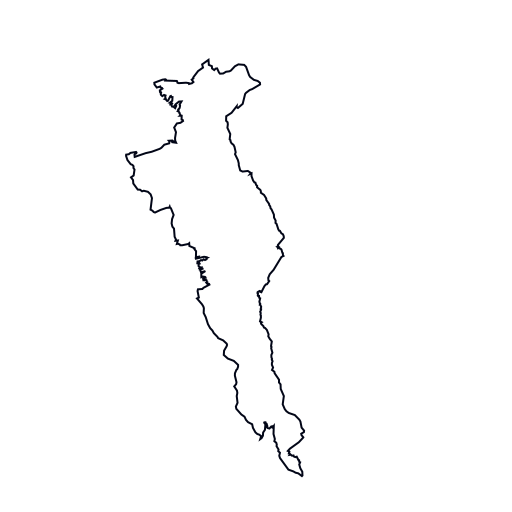 outline of Stejari, Gorj, Romania, rotated 140°
{"feature_id": "2599482B41789780482797", "entity_name": "Stejari", "entity_type": "district", "adm_level": 2, "iso_a3": "ROU", "parent_name": "Romania", "parent_adm1": "Gorj", "projection": "robinson", "projection_center": [23.706, 44.799], "detail": "fine", "context": "isolated", "style": "outline", "palette": "ink", "viewbox_px": 512, "rotation_deg": 140, "n_neighbors": 0, "source": "geoboundaries", "source_scale": "gbopen_adm2", "svg_char_len": 6125}
<svg xmlns="http://www.w3.org/2000/svg" viewBox="0 0 512 512"><g transform="rotate(140 256 256)"><path d="M222.5,454.1L223.5,452.7L223.7,448.8L220.4,447.4L220.8,446.5L220.1,445.2L220.7,444.8L220.5,444.4L223.2,444.7L224.1,443.4L223.5,442.6L223.7,442.0L224.7,441.6L225.2,440.6L225.0,438.7L222.9,438.5L222.1,437.1L223.3,436.3L223.9,434.8L225.0,434.9L224.4,433.8L224.4,431.8L223.6,431.5L218.9,433.5L218.3,433.3L218.6,432.2L217.8,431.4L220.4,428.7L223.4,428.8L222.8,428.1L223.5,427.6L222.3,427.4L222.2,426.7L223.9,426.1L224.2,424.3L223.3,423.6L222.9,421.2L220.6,422.3L220.6,423.2L221.2,423.6L220.0,423.9L215.7,423.8L213.7,422.3L217.2,421.1L217.5,420.0L219.3,418.5L221.4,418.2L221.4,417.6L222.9,417.3L222.4,416.2L222.5,414.9L222.9,414.6L223.2,412.3L224.1,412.3L222.8,411.2L225.3,408.4L224.7,407.3L225.1,406.3L228.3,406.6L231.4,408.4L236.1,407.0L237.7,402.3L242.2,398.4L243.7,396.4L244.4,394.1L247.0,397.0L246.8,397.8L245.6,396.8L245.8,398.2L248.7,400.3L248.7,399.3L250.1,398.1L254.7,400.2L258.9,399.7L260.9,400.0L268.9,402.9L274.4,405.7L285.2,409.9L284.0,411.7L282.9,412.0L281.8,411.6L281.0,412.1L281.0,412.8L285.9,415.7L288.0,415.7L290.3,417.1L291.2,416.2L292.8,412.1L293.0,406.9L292.1,405.2L292.1,403.5L293.3,402.2L293.5,400.3L298.0,396.3L301.2,396.6L301.4,393.2L303.4,390.4L303.9,382.9L302.2,381.3L301.7,378.8L300.0,378.1L297.5,374.6L297.1,370.9L298.5,367.2L307.0,359.3L306.2,357.3L306.1,355.4L305.4,354.2L299.6,352.7L293.6,350.4L291.5,348.8L290.4,349.3L290.7,348.6L290.5,347.2L292.7,340.4L296.6,338.2L299.7,335.2L301.2,332.2L301.2,329.7L306.0,323.0L306.7,320.1L307.9,319.4L305.9,318.1L308.9,316.1L307.9,315.6L307.0,313.8L307.1,312.9L305.7,311.7L300.1,308.7L299.0,308.7L300.6,306.5L298.4,302.1L298.6,301.7L298.1,301.3L298.8,300.2L298.8,298.2L302.8,293.7L300.2,292.2L300.9,291.7L303.6,293.0L303.8,292.6L296.3,288.8L294.5,286.7L294.8,286.2L294.5,285.9L295.6,286.0L296.0,285.3L297.7,285.7L298.2,287.1L300.1,287.1L300.7,288.2L302.7,288.4L304.3,289.4L305.4,288.3L304.6,287.9L304.8,287.5L304.0,287.0L304.1,286.4L305.3,286.8L306.5,285.1L306.1,283.7L306.9,283.3L305.5,282.5L306.9,282.0L305.0,281.0L305.1,280.6L307.7,281.4L308.6,278.9L304.5,277.0L309.3,277.6L311.5,274.9L309.9,274.4L308.7,273.0L309.1,272.7L308.9,272.4L311.1,272.6L311.7,271.5L310.5,271.2L310.2,270.9L310.6,270.5L309.6,270.3L309.9,269.8L309.5,269.1L310.3,267.9L310.2,267.5L311.2,267.6L311.2,266.0L309.9,264.8L310.1,264.0L316.7,265.4L318.3,265.2L321.9,267.8L323.3,266.7L326.5,260.9L328.5,261.4L328.4,253.7L328.8,251.1L329.5,249.5L332.7,246.0L333.8,241.5L336.6,234.7L337.5,230.2L337.3,227.0L337.9,224.0L337.5,218.9L337.8,217.4L335.4,212.5L334.8,207.7L335.3,206.5L336.6,205.7L341.3,204.0L344.3,200.9L343.5,195.5L340.4,189.9L339.7,184.1L340.9,182.7L343.1,181.4L344.2,181.4L347.5,179.7L349.1,177.9L352.1,171.8L353.6,170.6L356.5,170.1L357.1,165.1L358.3,163.1L360.8,161.1L364.5,155.4L368.2,153.6L369.3,151.6L369.1,144.0L368.1,140.3L369.0,136.9L368.9,133.8L367.1,129.6L368.8,126.3L369.8,121.3L369.4,118.7L368.5,117.4L367.8,114.7L370.4,113.0L368.8,112.9L366.2,113.9L364.0,116.2L360.9,117.1L357.0,121.0L356.9,123.0L356.5,123.2L355.6,122.5L356.2,120.8L355.8,120.5L356.7,118.3L357.8,118.1L357.7,116.8L356.6,115.2L353.9,115.6L352.8,115.0L354.5,113.8L351.6,114.4L357.0,108.4L359.2,103.7L361.0,102.3L360.5,100.0L361.3,98.2L362.5,97.1L363.1,93.3L364.4,92.2L364.1,89.9L366.6,88.0L367.5,85.8L368.5,71.5L365.8,66.9L365.0,64.6L363.3,62.3L362.3,57.9L361.5,58.0L359.2,61.0L358.5,64.9L356.9,68.5L354.8,69.6L355.2,70.5L354.3,71.8L354.7,72.2L353.8,76.1L355.2,76.7L355.9,78.2L355.5,79.1L356.8,79.9L357.1,81.5L357.8,81.9L357.3,82.0L357.2,82.8L357.8,83.6L356.2,84.7L356.9,86.2L353.9,86.6L342.9,85.8L337.0,86.5L336.3,86.7L336.3,89.5L335.6,90.8L332.5,90.3L331.4,91.3L331.4,95.2L328.4,100.6L328.0,102.7L328.5,109.2L331.8,114.7L332.5,117.5L332.4,120.2L330.9,125.2L324.7,130.8L322.5,138.3L319.7,141.9L319.7,144.3L317.9,146.4L317.1,154.2L316.3,155.5L317.0,158.4L314.6,159.6L313.8,162.4L312.6,163.8L310.9,164.8L310.6,166.4L309.9,166.8L309.3,168.5L307.9,170.3L305.6,171.4L303.6,175.7L302.6,176.3L302.4,177.3L298.8,180.4L298.7,183.9L298.2,186.6L296.7,187.9L295.2,192.4L295.3,195.0L295.9,196.1L295.4,197.6L295.7,200.6L295.2,201.7L294.2,201.6L294.9,203.4L291.9,205.6L290.5,207.3L290.4,208.1L289.0,209.3L288.7,210.6L286.9,211.4L286.3,211.9L286.5,212.4L284.7,213.7L284.1,215.8L284.4,216.2L283.4,216.8L283.4,217.6L282.7,218.9L280.0,220.9L280.4,221.9L279.4,223.4L280.1,223.8L280.1,224.5L278.6,226.0L278.7,226.7L277.9,227.3L275.7,226.9L275.4,226.4L275.9,226.1L275.2,224.8L268.9,227.5L266.7,227.9L265.7,227.3L262.0,228.3L262.1,229.4L260.7,231.4L257.2,233.2L251.4,234.1L237.2,238.9L234.9,238.4L234.9,239.2L233.6,240.9L233.8,241.4L232.4,244.5L232.4,245.3L233.1,246.6L232.6,247.6L233.0,248.2L234.1,248.0L233.9,248.7L233.4,248.7L233.6,249.2L233.0,249.0L233.2,249.6L232.4,249.7L232.0,250.4L223.0,252.0L222.0,253.4L221.4,255.3L222.0,257.1L221.5,259.9L222.0,260.4L221.8,262.0L219.6,267.4L219.8,268.8L218.2,270.5L217.5,273.8L215.7,276.2L214.1,281.8L214.2,283.1L213.2,284.9L213.1,286.7L212.5,287.4L212.1,292.3L211.2,293.5L210.6,297.6L211.6,301.3L210.6,302.6L210.2,303.9L211.0,307.9L210.0,309.0L210.2,310.4L209.3,312.6L209.9,313.4L209.7,315.7L208.1,320.1L206.3,322.2L207.7,322.6L206.5,322.9L207.6,326.4L212.0,329.3L213.1,331.7L210.8,336.7L209.7,338.0L208.2,341.1L206.6,347.5L204.9,348.5L202.3,353.5L201.8,355.7L202.3,358.0L201.9,360.0L201.1,361.2L201.2,362.3L197.3,366.0L195.5,372.6L193.0,374.9L191.8,376.7L192.0,378.8L189.0,382.2L182.7,381.4L174.6,383.1L175.2,382.5L174.7,381.0L168.4,381.1L160.2,387.1L158.8,387.4L154.1,387.2L151.6,386.3L142.6,384.8L141.6,386.2L142.2,389.0L144.4,392.3L145.4,396.9L145.1,398.9L142.0,407.3L142.2,410.0L146.3,414.1L150.2,414.9L156.1,414.2L157.7,414.6L160.5,416.4L163.8,416.9L166.4,418.8L166.4,420.4L165.2,424.7L166.5,425.5L168.5,425.3L169.1,427.9L167.8,429.8L169.3,432.7L166.3,436.8L174.1,437.4L175.5,434.4L181.5,434.9L188.6,433.3L189.8,432.8L189.9,432.3L191.9,432.4L192.1,429.5L194.0,429.5L196.7,430.8L196.3,431.6L198.2,433.7L204.1,438.1L204.8,439.2L204.1,440.7L204.4,441.2L212.7,448.7L211.7,449.2L211.9,449.7L214.3,451.2L222.5,454.1Z" fill="none" stroke="#020617" stroke-width="2"/></g></svg>